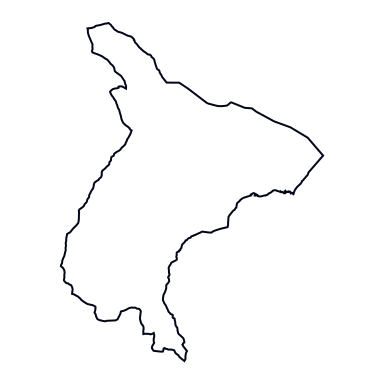 the district of Ceahlau, Neamt, Romania
{"feature_id": "2599482B21330814812999", "entity_name": "Ceahlau", "entity_type": "district", "adm_level": 2, "iso_a3": "ROU", "parent_name": "Romania", "parent_adm1": "Neamt", "projection": "mercator", "projection_center": [25.941, 47.008], "detail": "fine", "context": "isolated", "style": "outline", "palette": "ink", "viewbox_px": 384, "rotation_deg": 0, "n_neighbors": 0, "source": "geoboundaries", "source_scale": "gbopen_adm2", "svg_char_len": 5922}
<svg xmlns="http://www.w3.org/2000/svg" viewBox="0 0 384 384"><path d="M184.3,361.0L185.1,359.8L185.5,358.9L185.4,356.5L185.8,354.0L186.1,352.7L187.0,351.1L183.3,346.3L182.4,344.6L183.1,343.9L183.2,343.4L183.4,343.0L184.3,342.5L184.4,342.0L183.6,338.8L182.8,337.7L178.4,333.7L178.1,333.1L178.0,332.0L177.7,331.5L177.3,327.8L176.0,326.1L175.4,324.4L175.2,322.0L174.6,319.5L174.7,319.0L174.4,318.4L172.9,317.8L172.7,317.3L172.8,315.1L172.6,314.8L170.6,314.0L170.2,313.3L168.6,311.8L165.9,305.6L164.3,303.3L162.9,300.0L163.1,297.5L163.5,295.1L164.1,293.7L165.0,292.1L166.2,288.4L166.3,285.2L166.7,284.4L167.9,283.4L169.1,281.4L169.1,280.2L168.8,278.6L168.1,277.4L168.5,276.5L169.3,275.3L169.5,274.3L169.0,273.1L168.9,269.8L168.6,268.1L169.5,265.8L170.4,264.7L171.3,262.8L172.1,262.2L176.0,260.3L176.8,259.6L176.9,258.4L176.3,256.9L176.4,256.1L176.8,254.8L176.6,253.9L176.8,252.5L178.3,251.5L178.9,251.5L179.1,250.6L180.1,250.2L180.1,249.6L181.4,247.8L181.4,247.5L181.8,246.1L182.0,245.0L182.6,244.1L184.4,242.4L185.4,241.0L185.6,240.4L186.7,240.2L187.8,238.9L188.8,238.1L190.5,237.7L191.0,236.8L191.8,236.2L192.9,236.0L194.0,235.2L194.8,235.2L197.1,234.0L200.3,232.6L202.1,231.6L208.9,232.5L211.5,232.6L212.5,231.7L214.6,230.7L220.1,228.9L227.6,227.1L228.1,224.4L228.1,222.6L228.5,217.0L229.2,215.7L232.8,211.1L234.6,209.7L235.6,208.1L236.3,207.6L236.5,205.9L236.8,205.0L236.7,204.5L237.2,203.1L239.5,201.1L240.4,199.9L243.0,198.0L251.1,195.4L250.9,194.5L251.6,194.4L252.0,193.9L253.1,193.2L253.8,193.1L255.2,193.8L254.8,194.8L254.7,195.5L255.7,195.5L256.1,194.9L256.7,194.6L257.6,195.2L257.5,195.8L257.7,196.0L258.9,196.4L261.2,196.4L264.2,195.5L265.0,195.4L265.0,195.5L265.4,195.6L267.7,194.6L268.7,193.5L270.6,192.7L273.1,190.6L274.4,190.2L276.0,190.3L276.9,190.8L279.8,191.7L280.3,191.3L281.1,192.2L281.8,191.8L282.1,191.8L284.0,193.2L285.2,193.2L285.7,192.7L285.8,192.5L285.4,191.9L284.8,192.1L284.5,191.8L284.6,191.4L285.0,191.3L285.4,190.8L286.2,191.9L286.6,192.1L288.1,191.5L288.3,192.0L288.5,192.0L288.8,191.5L289.7,191.5L290.0,191.6L290.5,192.5L290.7,193.5L290.8,193.5L291.3,193.1L291.2,193.0L291.7,192.7L293.0,193.4L293.2,194.1L293.4,194.2L294.2,191.7L294.8,190.2L296.9,187.2L300.5,183.8L301.5,182.5L301.9,181.1L303.3,180.1L304.1,178.9L305.0,178.0L305.5,177.3L307.6,175.0L308.0,174.1L308.4,172.8L308.7,172.2L323.1,155.6L307.7,137.7L290.4,127.3L274.2,121.4L256.3,111.7L252.0,108.4L244.7,107.8L231.4,102.4L230.7,102.5L227.5,105.2L226.8,105.6L222.5,106.1L219.0,106.1L216.8,105.8L208.7,103.7L206.8,102.9L187.9,88.5L179.2,82.7L166.6,82.6L162.1,76.9L161.6,75.5L160.3,73.6L159.6,72.1L159.5,71.2L159.1,70.5L158.6,69.9L157.6,69.5L157.2,69.1L156.7,68.1L155.0,62.9L154.3,59.9L154.0,59.2L152.7,57.8L151.5,56.9L151.2,55.9L150.8,55.4L149.9,54.7L147.9,54.4L147.5,54.1L145.4,52.4L143.3,51.1L142.4,50.1L141.4,49.4L140.6,48.4L139.3,47.5L136.9,44.2L134.9,42.2L134.5,40.6L133.9,40.0L134.1,39.5L134.0,39.3L131.6,36.8L129.9,36.2L127.5,35.6L121.9,32.8L117.9,31.7L114.1,29.2L113.2,27.7L112.1,26.6L110.9,24.9L108.5,23.0L106.8,23.5L105.5,23.5L100.0,25.1L96.5,25.7L95.5,26.0L94.5,27.0L91.5,28.0L87.5,28.4L87.8,29.1L87.9,32.5L88.4,34.5L89.0,36.2L91.7,42.7L92.5,44.2L92.4,47.1L92.6,48.9L92.0,50.8L92.2,52.0L93.2,52.8L97.3,54.2L101.9,56.2L105.4,58.7L107.1,59.5L109.5,62.2L110.6,63.8L112.4,65.3L113.5,66.6L114.2,68.0L114.7,70.7L115.4,71.8L119.7,74.9L121.3,76.2L124.6,81.2L125.2,84.0L125.9,85.4L126.1,86.5L126.0,88.6L122.2,86.5L119.8,86.3L118.5,86.7L118.6,87.7L117.9,88.1L114.5,88.6L112.7,89.2L111.9,89.8L110.4,91.3L110.0,91.9L111.7,95.5L113.1,97.1L114.0,98.8L115.9,101.4L116.5,103.7L117.2,105.1L117.9,107.9L119.1,109.7L119.9,112.8L120.9,116.1L121.5,119.2L123.1,122.7L125.3,125.0L128.1,126.9L128.6,127.5L129.6,128.3L129.8,128.9L130.3,129.6L131.6,130.5L130.2,134.4L128.1,138.1L127.2,139.3L126.7,141.0L125.8,142.5L125.2,144.5L122.8,146.8L121.8,147.6L120.7,149.2L119.2,150.6L116.5,152.0L116.0,152.5L114.7,153.3L114.2,153.8L113.7,155.7L111.5,156.9L111.3,157.2L110.9,160.4L110.3,161.3L109.7,161.7L109.4,162.3L109.2,164.4L109.0,164.7L106.6,166.8L105.3,168.3L102.3,170.8L101.8,172.1L101.7,172.9L101.8,175.0L101.1,177.2L99.4,178.5L98.6,179.8L95.5,181.8L94.5,182.7L93.9,184.3L93.7,185.9L93.2,188.0L92.9,188.7L91.6,190.4L90.2,193.3L89.3,194.9L89.1,195.5L89.2,196.2L89.1,197.1L87.4,199.4L87.0,200.7L86.8,201.7L86.1,202.7L84.6,204.2L83.8,206.1L82.3,207.4L79.6,209.3L78.8,210.7L79.1,213.8L78.9,214.8L78.9,218.1L78.7,220.7L78.2,223.1L76.3,225.4L73.0,228.7L70.2,232.2L67.1,234.0L66.9,235.5L66.3,237.8L66.2,241.1L65.9,242.1L65.7,243.2L66.0,245.4L65.6,247.9L65.7,249.8L65.5,251.1L65.0,252.7L65.0,253.1L64.6,254.5L64.3,256.0L62.9,258.9L62.8,259.4L62.3,260.7L62.0,263.4L61.2,264.6L60.9,266.1L63.0,268.0L64.0,269.6L64.4,270.7L64.6,272.5L64.3,275.5L64.4,277.6L64.0,279.5L64.0,280.4L64.4,281.2L66.1,282.9L67.0,283.3L68.2,283.4L69.3,284.5L70.6,284.8L71.3,285.4L72.2,287.4L72.6,289.1L72.5,290.6L72.2,292.1L72.2,292.9L72.1,293.9L73.8,294.3L78.0,296.6L80.3,298.6L81.2,299.8L83.8,301.8L87.2,303.9L90.7,304.8L91.8,304.9L93.9,305.7L95.2,306.5L95.5,306.8L95.4,309.5L94.9,311.5L94.5,312.6L95.1,313.4L95.8,314.8L95.9,315.8L96.3,316.9L97.3,318.9L97.9,319.4L99.9,320.3L100.8,320.3L101.7,320.7L105.2,321.3L106.7,320.8L115.5,320.4L117.4,319.4L117.8,318.9L120.4,313.7L120.9,311.5L121.3,311.3L123.0,311.0L125.9,309.9L129.1,308.1L131.6,307.5L132.6,307.7L135.1,307.6L137.3,308.8L138.7,308.7L139.3,309.0L140.0,309.8L140.8,311.1L140.0,317.8L140.1,319.3L140.4,320.9L140.6,321.2L140.9,322.8L141.8,324.3L142.8,325.4L143.5,326.9L143.6,329.0L143.3,330.6L143.4,334.1L144.7,333.8L148.1,333.8L150.8,334.3L152.6,333.7L153.7,333.0L154.3,335.9L154.1,337.1L153.7,338.8L153.7,341.5L154.2,342.8L152.3,345.9L151.9,347.7L152.1,348.6L153.6,350.8L160.4,351.6L162.8,351.6L163.3,350.6L163.4,349.6L163.6,348.7L164.1,348.2L164.5,348.0L165.7,348.8L167.4,349.1L168.3,349.6L171.2,349.5L174.2,350.3L175.5,353.1L178.5,355.4L179.1,356.5L179.9,357.4L184.3,361.0Z" fill="none" stroke="#020617" stroke-width="2"/></svg>